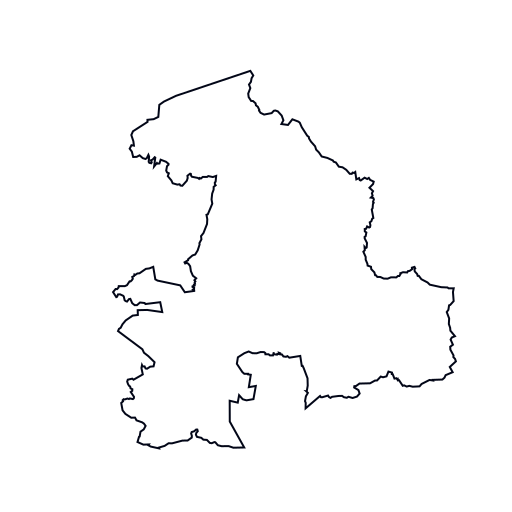 the district of Genaro Codina, Zacatecas, Mexico, rotated 161°
{"feature_id": "50627088B62788345344248", "entity_name": "Genaro Codina", "entity_type": "district", "adm_level": 2, "iso_a3": "MEX", "parent_name": "Mexico", "parent_adm1": "Zacatecas", "projection": "robinson", "projection_center": [-102.559, 22.457], "detail": "fine", "context": "isolated", "style": "outline", "palette": "ink", "viewbox_px": 512, "rotation_deg": 161, "n_neighbors": 0, "source": "geoboundaries", "source_scale": "gbopen_adm2", "svg_char_len": 6093}
<svg xmlns="http://www.w3.org/2000/svg" viewBox="0 0 512 512"><g transform="rotate(161 256 256)"><path d="M337.7,401.3L340.5,398.6L339.4,395.1L339.9,389.6L336.5,388.6L333.3,389.1L331.2,385.4L328.9,383.7L327.4,384.1L324.8,386.7L324.7,384.8L326.8,380.0L326.5,378.8L324.9,377.8L324.1,378.5L324.2,380.7L322.4,380.8L319.6,382.4L319.2,381.8L323.2,373.8L319.4,376.2L319.1,375.4L317.2,374.9L314.8,378.1L310.4,374.4L308.7,371.6L309.0,370.8L310.9,369.9L313.1,366.0L312.9,364.0L311.5,362.6L313.4,360.2L311.4,355.0L311.1,351.9L307.1,349.1L304.9,348.7L304.5,347.2L302.8,346.4L296.9,349.7L295.2,352.0L294.7,354.2L291.5,355.3L290.9,354.9L291.2,353.1L290.8,351.8L285.5,348.7L284.7,347.5L283.9,348.1L282.9,347.2L280.6,348.1L276.5,346.7L275.1,347.1L271.1,344.7L267.6,344.7L270.0,339.4L271.0,338.9L271.5,337.3L271.1,336.0L273.5,335.2L274.5,332.5L277.1,329.3L279.6,324.0L280.3,319.7L288.0,311.1L289.4,311.1L290.1,306.6L291.9,302.2L298.2,294.8L301.5,292.7L302.2,289.5L305.3,286.6L305.6,285.2L309.3,280.3L313.0,277.2L315.9,277.2L321.3,275.0L321.6,274.1L325.6,273.3L325.4,272.0L323.6,272.0L322.4,270.5L321.6,267.8L322.5,262.8L322.1,257.9L319.8,254.4L322.1,253.2L321.6,251.7L322.6,251.0L322.7,249.5L323.9,249.2L323.7,248.1L325.9,248.0L326.1,247.4L324.8,246.2L325.3,245.0L326.4,244.8L325.6,243.7L325.8,243.1L335.1,244.9L337.2,252.9L357.1,264.8L358.8,266.7L356.7,279.2L360.9,279.0L364.3,279.7L371.8,277.6L373.9,278.1L376.4,277.4L377.0,278.1L377.8,276.8L379.8,276.5L379.9,274.6L381.3,273.5L382.9,272.8L383.8,273.2L387.5,270.4L389.9,270.2L395.6,272.2L396.2,271.0L398.1,269.9L399.5,270.5L402.9,268.4L401.5,262.6L400.6,262.7L399.0,264.6L397.0,264.0L394.6,261.7L394.2,260.8L394.6,256.9L393.9,255.8L392.8,254.9L390.1,256.6L388.8,256.4L388.4,251.7L386.7,249.0L384.5,248.3L380.8,249.8L376.6,247.8L376.2,246.6L361.6,243.5L362.9,233.5L376.4,240.4L385.5,243.3L386.9,238.7L392.0,239.8L400.2,237.5L404.5,234.9L407.3,232.2L409.3,231.7L410.9,229.9L393.8,204.8L393.4,201.0L390.4,196.4L386.5,188.6L388.8,185.0L392.0,185.8L395.7,184.9L397.0,185.6L397.3,187.9L399.1,188.4L399.3,190.0L400.8,187.4L401.6,180.9L412.1,178.9L412.9,180.3L417.5,180.8L418.7,179.2L418.7,176.5L418.3,174.6L417.5,173.6L417.7,171.7L416.3,170.3L416.9,168.8L418.7,168.2L417.2,162.5L417.9,161.2L419.0,160.8L421.7,162.4L422.7,162.1L424.0,163.1L426.9,163.1L427.8,163.7L429.0,163.1L429.0,161.9L431.3,160.9L432.4,153.5L430.9,149.2L426.6,143.7L423.0,142.6L422.5,139.5L417.8,135.8L416.5,134.0L415.7,131.3L418.6,128.6L422.4,127.5L424.8,123.2L425.5,123.1L428.6,118.7L423.9,114.3L418.6,112.7L419.4,112.1L417.6,110.1L410.2,105.6L410.2,106.5L404.2,106.2L399.6,107.4L396.4,106.2L385.6,105.4L380.7,103.8L375.9,105.2L375.2,106.8L375.1,109.3L374.1,110.5L371.6,110.4L369.1,111.4L368.0,111.0L368.1,109.3L370.1,108.1L371.0,106.6L370.7,104.2L366.9,101.9L365.6,99.5L362.3,98.1L360.5,94.3L358.8,93.4L355.9,93.6L355.1,93.1L353.7,89.5L350.5,87.4L343.7,85.1L339.8,82.1L329.5,78.8L334.7,108.0L328.0,127.7L321.0,123.3L317.3,129.9L315.2,124.9L313.3,123.5L311.9,122.6L305.0,121.5L298.5,133.2L305.5,134.3L299.6,145.4L302.1,146.7L301.9,147.2L305.4,148.4L306.7,150.7L309.2,160.3L306.1,166.1L298.6,167.9L294.0,168.1L290.9,165.2L287.0,163.8L282.9,163.7L279.7,162.5L278.8,161.3L279.1,160.0L276.1,159.0L275.2,157.5L272.3,156.5L270.5,159.2L271.3,157.4L268.3,155.9L267.8,156.5L266.1,155.7L265.9,157.1L264.7,156.1L264.9,155.0L263.5,154.4L262.8,152.1L260.4,150.9L258.9,151.1L257.6,149.0L246.7,147.1L248.5,137.2L247.7,137.0L247.4,134.4L247.1,123.6L249.3,116.6L252.1,111.5L252.5,111.7L251.5,109.7L254.5,107.1L256.9,102.8L256.8,101.0L258.7,95.8L241.0,102.8L240.6,101.4L239.5,100.9L233.3,100.6L233.0,99.1L231.8,97.6L229.9,98.1L223.6,96.8L220.1,95.7L218.9,93.9L216.3,92.4L214.4,92.8L210.9,90.3L206.3,90.2L202.8,92.2L202.8,95.9L206.0,99.7L205.4,100.9L203.8,100.5L199.7,101.7L189.6,98.5L184.0,99.5L182.1,98.9L177.3,101.4L175.4,100.0L171.8,99.7L168.4,103.6L165.4,101.5L166.0,100.1L165.2,99.7L165.0,95.0L163.0,94.7L162.7,93.6L162.0,93.7L162.3,92.2L161.2,92.0L159.5,85.5L158.1,85.5L156.0,83.5L153.3,83.3L150.4,81.4L143.8,79.5L141.1,81.1L132.3,82.3L129.1,80.6L129.1,81.3L120.0,78.5L117.4,79.6L115.5,81.6L107.9,82.1L108.9,88.0L101.3,91.3L101.3,93.9L102.3,96.2L101.6,97.7L102.7,104.1L101.9,107.0L98.7,108.0L99.2,113.6L97.4,115.2L94.0,115.4L96.5,122.1L95.8,125.0L95.8,128.9L93.7,134.1L93.9,140.9L91.6,142.5L89.5,146.5L88.3,146.5L83.8,149.0L81.5,157.8L79.6,161.1L84.4,162.7L85.2,163.9L91.0,166.2L101.0,172.3L102.4,175.1L107.2,180.2L108.5,184.2L109.6,184.6L109.5,186.5L110.9,189.7L110.5,192.1L109.5,192.4L109.7,194.1L112.4,194.2L112.8,192.7L115.5,191.9L117.3,192.2L118.4,191.2L122.3,192.8L125.1,192.7L125.0,192.1L127.0,190.4L128.3,190.9L130.3,190.1L135.3,191.9L138.9,191.7L142.6,193.1L145.3,195.7L148.1,196.7L148.9,198.8L149.6,199.1L149.4,202.0L151.3,206.0L150.8,208.4L153.6,210.6L153.2,212.4L153.5,216.8L152.6,219.4L153.1,225.1L151.3,226.0L150.4,229.3L149.8,227.7L148.6,228.0L146.8,232.2L147.5,237.3L147.1,238.7L145.9,239.0L144.0,242.3L145.1,243.8L144.4,246.1L143.0,245.9L141.3,247.8L139.8,246.1L138.7,246.3L137.8,247.9L137.5,250.8L135.6,251.3L134.0,253.4L132.7,253.7L131.4,262.3L130.2,263.2L128.5,267.1L127.4,268.0L127.8,269.0L126.1,271.2L126.2,272.6L128.4,273.8L126.1,275.0L126.0,277.6L124.2,279.2L126.5,283.6L121.9,285.9L120.5,288.0L123.3,290.8L123.9,293.1L125.8,292.6L127.8,294.7L132.4,293.3L133.2,294.0L133.2,296.1L136.2,295.8L134.8,303.1L136.3,302.6L137.5,303.4L138.7,302.5L140.6,303.2L142.6,308.1L145.3,311.7L148.6,313.5L150.0,318.4L151.9,319.9L152.2,321.3L156.6,325.5L161.5,328.7L162.8,333.5L164.5,337.0L164.4,340.5L166.8,346.3L167.6,349.9L167.3,351.4L168.4,353.0L170.8,362.9L171.2,367.8L172.2,369.3L177.1,373.4L183.1,369.5L189.0,372.5L185.9,375.4L186.0,380.4L188.3,385.7L190.4,387.3L191.9,387.5L194.7,386.0L202.3,387.1L205.1,389.9L205.8,392.5L205.3,393.0L205.7,396.5L207.0,398.5L206.7,400.5L208.4,403.5L210.1,404.2L211.2,408.6L210.5,412.1L206.7,416.6L206.8,420.4L204.1,422.3L202.3,425.5L199.8,427.6L201.1,432.9L279.4,433.5L292.7,432.0L298.2,430.4L303.1,419.3L308.2,418.7L314.3,420.1L314.9,418.1L331.7,414.0L334.5,411.0L334.6,404.4L335.5,400.1L337.7,401.3Z" fill="none" stroke="#020617" stroke-width="2"/></g></svg>